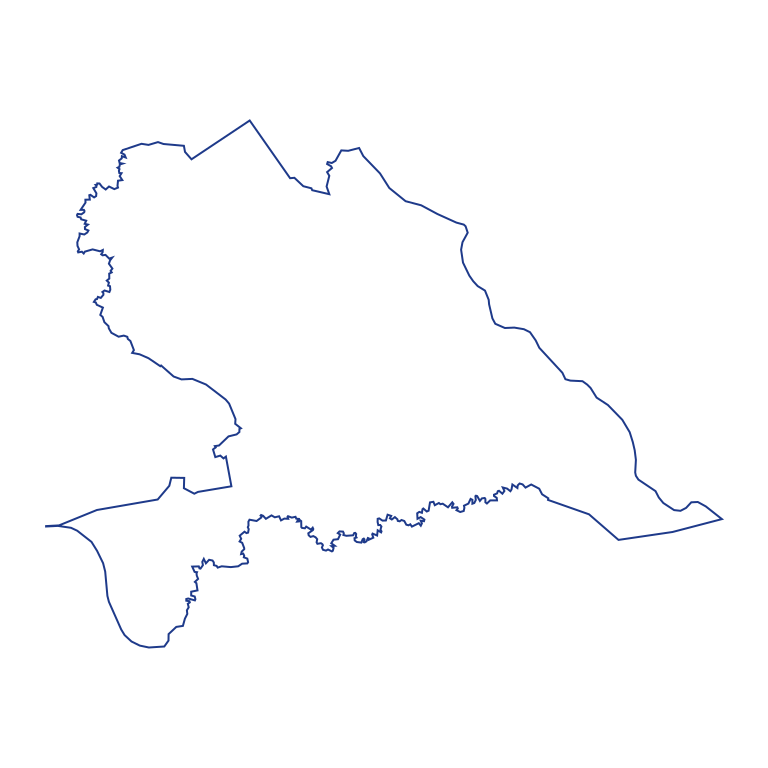 Nīgrandes pag., Saldus, Latvia (Mercator projection)
{"feature_id": "27541924B79639450642691", "entity_name": "Nīgrandes pag.", "entity_type": "district", "adm_level": 2, "iso_a3": "LVA", "parent_name": "Latvia", "parent_adm1": "Saldus", "projection": "mercator", "projection_center": [22.027, 56.455], "detail": "fine", "context": "isolated", "style": "outline", "palette": "blue", "viewbox_px": 768, "rotation_deg": 0, "n_neighbors": 0, "source": "geoboundaries", "source_scale": "gbopen_adm2", "svg_char_len": 6068}
<svg xmlns="http://www.w3.org/2000/svg" viewBox="0 0 768 768"><path d="M421.2,205.3L405.6,201.2L389.3,188.0L380.0,173.4L363.3,156.1L359.1,148.0L348.2,150.8L341.3,150.4L335.5,160.8L331.8,163.0L327.7,162.1L327.1,164.0L331.0,166.2L332.0,168.0L327.1,172.1L329.3,175.8L326.6,186.5L329.3,194.2L312.2,190.2L311.4,188.3L303.3,186.2L294.4,177.8L290.1,178.2L249.7,120.5L191.5,159.3L185.0,151.9L183.9,145.8L163.5,144.0L158.0,142.1L148.5,144.9L141.5,143.8L122.7,150.1L121.1,152.8L124.5,154.6L125.7,157.5L121.9,156.2L121.7,158.4L119.0,160.5L119.6,163.0L122.6,163.6L119.8,164.5L119.4,166.8L117.6,167.7L119.5,169.1L118.9,170.8L119.3,173.0L121.5,173.2L119.7,176.1L122.3,180.1L118.0,180.7L117.5,185.9L118.0,187.6L114.3,189.1L109.0,186.5L105.7,189.5L102.1,186.9L99.5,183.5L97.3,183.4L97.2,184.5L95.6,184.9L96.5,185.8L96.3,187.0L93.3,188.1L96.4,193.3L96.1,196.1L94.1,197.4L90.4,194.8L89.3,195.2L89.8,199.6L85.4,199.7L85.5,202.6L80.6,209.9L83.9,209.9L84.5,211.0L84.2,212.3L81.4,214.3L77.6,213.9L77.0,215.1L77.6,216.8L80.6,217.5L81.2,219.3L86.2,220.7L84.7,223.8L87.9,224.6L84.9,227.0L85.0,229.1L88.4,230.5L87.3,232.5L84.3,234.5L79.6,233.5L79.6,236.2L77.3,242.3L77.5,245.9L79.1,249.4L77.8,251.3L78.2,252.4L81.9,251.7L83.7,253.5L84.9,251.6L92.6,249.4L100.1,251.3L102.8,250.0L102.6,252.3L101.2,254.3L102.6,255.3L105.5,254.9L109.2,258.6L112.2,257.6L110.1,260.3L108.9,263.7L112.4,268.6L110.6,270.9L111.7,272.4L109.2,273.6L109.3,278.6L106.8,280.6L108.9,282.6L108.1,285.6L110.0,286.2L110.3,289.8L109.4,292.0L104.5,290.5L102.4,292.0L103.4,293.1L103.4,294.8L100.8,297.9L97.9,296.9L97.0,299.1L95.6,299.3L93.9,301.9L95.8,302.5L96.8,304.8L102.9,307.6L100.3,314.9L102.6,316.9L104.4,322.2L108.5,326.1L108.8,328.3L111.4,332.8L118.6,336.7L123.8,335.6L127.3,336.8L127.8,338.9L130.4,341.0L133.9,350.1L132.2,352.9L139.6,354.3L148.5,358.2L160.3,366.2L161.1,365.5L173.6,376.5L181.5,379.4L192.4,378.9L206.0,384.5L225.6,399.5L229.1,403.6L235.5,419.1L235.2,423.8L240.9,428.3L239.4,429.0L239.4,432.0L236.6,434.4L228.5,436.4L219.0,445.5L214.9,446.1L215.7,447.4L213.0,449.4L215.3,457.1L220.3,455.6L223.5,458.4L225.9,456.6L231.4,486.3L198.0,491.9L194.3,493.7L183.9,488.2L184.2,477.9L171.3,477.7L169.3,485.8L157.7,499.5L96.9,510.0L59.0,525.4L46.1,526.1L46.1,526.5L57.9,525.9L71.0,527.8L77.2,530.7L91.5,541.9L97.1,550.9L103.1,563.2L105.2,571.6L107.4,595.9L108.9,601.8L121.2,629.5L124.6,635.1L131.5,641.5L139.8,645.6L148.9,647.5L164.3,646.5L168.5,640.6L168.6,634.1L176.3,626.9L182.9,625.9L184.9,618.7L187.3,613.9L186.9,610.3L188.7,607.3L187.8,603.8L189.8,602.4L189.4,601.2L186.3,600.7L186.3,599.0L188.2,598.5L194.9,600.4L195.4,599.2L194.7,596.5L191.2,595.5L191.2,591.7L197.5,590.4L196.4,583.2L194.9,581.9L198.1,578.9L196.8,575.7L196.5,573.4L197.0,572.2L194.6,571.9L192.2,566.6L198.8,566.4L199.5,568.4L200.5,568.6L202.9,565.2L202.3,561.9L203.8,558.9L205.9,563.3L209.1,559.8L212.5,560.5L213.8,562.4L213.9,565.2L216.6,565.9L217.7,567.6L221.7,566.3L230.8,567.1L238.2,566.3L242.1,563.7L247.3,563.4L248.1,562.2L247.3,558.6L243.8,557.3L244.2,555.6L243.2,553.6L241.1,554.1L241.7,551.6L244.2,549.2L244.2,548.1L242.2,542.8L239.6,541.5L241.2,538.8L239.7,535.7L244.5,531.7L246.5,533.1L248.1,532.6L248.7,529.1L247.8,527.2L248.5,525.6L248.4,521.7L249.5,519.7L256.6,521.0L261.3,517.5L261.6,516.5L260.6,515.6L261.1,515.0L263.1,515.8L265.9,518.8L271.5,515.4L274.8,517.3L279.1,516.3L281.0,520.4L284.3,518.6L288.2,518.8L287.5,516.9L288.0,516.2L291.8,517.6L295.5,516.8L296.3,518.7L298.6,518.9L297.1,521.6L299.1,521.4L299.5,519.8L301.2,521.1L301.3,527.1L302.0,527.9L304.9,528.3L306.2,526.6L311.0,529.6L312.7,527.7L313.3,529.0L312.9,530.1L308.3,533.3L308.7,535.3L310.5,536.9L313.3,536.1L315.6,537.3L317.2,539.2L316.6,542.3L317.4,543.8L320.9,543.2L322.3,544.1L322.9,545.2L321.9,547.5L323.0,549.8L326.0,550.6L328.0,549.5L331.9,551.4L332.8,550.8L333.6,547.9L331.5,546.1L334.8,545.8L331.3,543.3L333.5,539.7L338.0,539.2L340.2,534.6L337.8,533.1L339.5,531.4L343.0,531.6L343.8,533.2L343.4,535.0L346.4,535.8L353.1,535.3L354.3,533.0L355.3,532.9L356.2,534.0L355.8,536.3L356.5,537.5L354.5,538.2L354.7,540.4L356.8,542.0L361.3,542.6L362.7,539.2L363.8,538.6L364.5,539.4L363.8,542.2L364.7,542.4L366.5,541.3L367.9,538.0L368.7,538.3L368.9,539.7L373.3,537.7L372.2,534.4L372.6,533.6L377.1,535.5L377.7,530.3L381.1,532.4L381.5,531.4L380.5,529.5L381.4,526.5L380.2,525.0L378.3,525.1L377.6,522.0L377.7,518.8L379.2,518.4L382.5,520.6L385.9,520.5L387.6,514.7L391.2,515.9L389.9,518.3L391.8,519.5L394.9,517.1L397.4,519.3L397.8,520.9L399.7,521.3L401.5,520.0L404.3,521.0L406.3,524.7L408.5,525.3L410.3,524.3L411.9,526.6L418.8,523.2L420.8,525.7L421.9,523.4L420.7,520.7L424.0,521.2L424.4,519.6L420.7,517.1L417.5,518.8L417.2,513.3L419.3,511.9L421.9,512.8L422.5,509.2L423.3,508.5L426.8,511.5L428.6,510.7L430.0,502.4L433.4,501.8L434.8,505.2L438.9,503.0L440.4,504.2L442.7,503.7L448.0,507.3L452.3,502.3L453.5,503.9L452.0,506.6L452.2,507.8L457.3,507.3L457.8,508.5L456.5,510.2L460.2,512.0L463.7,511.0L464.4,507.8L464.0,505.7L468.4,503.6L470.6,498.9L472.4,499.8L472.4,503.7L474.3,503.0L475.8,500.0L475.4,496.2L475.9,495.7L477.2,496.1L479.9,500.9L481.9,498.4L484.7,498.0L485.4,499.0L485.4,502.3L486.9,503.5L490.2,500.4L497.0,500.4L496.7,497.8L494.0,496.0L494.0,494.7L497.1,493.4L497.8,491.2L499.0,490.8L502.4,493.7L504.4,491.0L502.8,487.5L507.1,488.6L510.4,491.2L511.5,489.5L512.4,484.5L517.4,488.0L517.7,485.4L519.6,483.5L522.6,484.4L525.5,487.6L531.2,484.5L539.2,488.7L542.1,494.3L548.3,498.3L548.0,499.9L589.0,514.3L618.5,539.9L672.5,532.0L721.9,519.1L705.8,506.4L697.8,502.0L691.3,502.3L686.1,507.9L680.5,510.8L674.1,510.1L663.3,503.0L658.8,497.5L655.5,491.1L638.4,479.6L635.9,475.8L635.2,472.5L635.9,459.9L634.7,450.3L632.8,442.1L629.7,432.2L622.3,419.8L607.9,405.0L596.6,397.6L590.6,388.0L587.2,384.6L582.5,381.2L570.3,380.6L565.4,379.2L562.4,372.8L539.3,347.8L535.7,340.4L530.0,332.2L523.9,329.2L514.3,327.6L504.9,328.0L495.3,323.8L492.4,318.4L489.1,304.3L488.7,299.8L485.0,290.6L477.7,286.1L473.2,281.2L469.3,275.6L463.0,262.6L461.1,249.7L462.5,242.2L467.7,232.7L465.6,226.3L463.8,224.6L456.4,222.6L437.4,214.0L421.2,205.3Z" fill="none" stroke="#1e3a8a" stroke-width="2"/></svg>